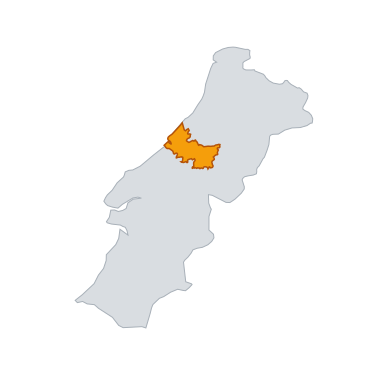 location of Coimbra within Portugal, rotated 28°
{"feature_id": "PRT-752", "entity_name": "Coimbra", "entity_type": "District", "adm_level": 1, "iso_a3": "PRT", "parent_name": "Portugal", "parent_adm1": "", "projection": "albers", "projection_center": [-8.26, 40.222], "detail": "fine", "context": "in_parent", "style": "filled", "palette": "amber", "viewbox_px": 384, "rotation_deg": 28, "n_neighbors": 0, "source": "natural_earth", "source_scale": "10m", "svg_char_len": 5317}
<svg xmlns="http://www.w3.org/2000/svg" viewBox="0 0 384 384"><g transform="rotate(28 192 192)"><path d="M151.9,51.4L156.1,47.4L160.2,44.8L162.5,43.8L172.0,41.1L174.5,39.8L176.8,40.0L177.2,41.3L178.5,43.9L180.1,45.6L180.5,46.9L176.8,52.3L176.3,54.1L178.2,57.6L178.6,58.6L179.5,59.1L182.1,59.0L186.6,56.7L189.7,54.8L190.8,55.6L199.8,54.5L201.9,55.3L203.4,56.3L207.8,57.6L212.6,57.7L218.6,55.8L221.1,53.9L221.6,51.9L221.7,50.3L222.5,49.4L223.8,48.8L226.0,49.8L229.0,50.5L236.3,50.7L237.7,49.6L240.2,49.9L243.5,51.2L247.2,50.7L249.1,52.4L250.0,54.7L250.3,59.7L250.1,64.8L250.9,66.7L253.4,67.1L257.6,66.9L261.3,68.2L264.2,70.6L265.2,73.0L265.7,74.7L264.3,75.7L262.4,79.3L257.4,84.2L250.2,88.5L244.8,93.9L241.1,100.3L236.3,103.1L234.9,104.6L234.4,106.3L237.6,114.0L238.7,120.0L239.6,127.3L239.1,129.4L239.0,137.4L238.3,139.8L238.5,141.7L239.7,143.8L240.3,145.7L238.1,148.3L234.1,151.3L231.2,153.9L230.4,156.3L230.6,157.8L235.7,162.8L236.7,164.8L236.1,169.9L233.3,178.2L230.6,183.2L230.1,183.7L226.9,185.2L211.5,185.4L207.8,186.6L208.3,187.6L212.0,194.0L215.8,197.4L217.1,198.1L218.5,205.7L224.8,217.6L230.8,219.2L232.9,222.2L232.6,226.4L230.8,231.1L227.2,235.9L222.9,239.3L220.0,242.6L219.9,246.5L219.0,251.4L217.7,255.3L217.4,257.9L228.6,274.2L234.7,273.3L235.5,273.7L234.5,277.6L232.6,282.2L230.3,283.1L225.0,284.6L220.1,290.6L216.1,297.7L213.1,301.2L210.3,309.7L210.7,313.3L212.1,319.0L215.1,333.7L211.0,334.4L194.9,344.1L189.9,344.2L180.6,340.0L164.1,338.6L158.7,337.3L152.0,340.0L146.8,340.0L142.7,343.5L139.7,342.5L143.2,334.6L148.6,318.9L148.4,309.3L149.8,301.0L148.4,292.8L145.8,287.6L149.4,274.3L149.1,267.4L145.9,258.7L155.7,260.1L152.7,256.6L149.7,254.5L146.8,254.9L144.3,254.8L135.9,258.1L131.6,259.0L130.4,258.4L130.9,253.1L128.8,246.1L132.2,244.2L136.1,243.8L139.5,240.8L141.6,237.5L140.5,231.6L143.5,225.9L150.2,221.2L146.7,221.9L142.7,224.9L136.3,235.6L134.2,241.0L128.8,242.7L123.9,243.6L121.5,243.0L118.5,241.5L118.3,237.5L118.6,234.3L120.7,227.9L121.6,219.0L124.5,210.9L124.3,208.8L123.6,205.6L126.1,202.5L129.3,200.4L134.1,193.6L140.8,177.1L148.5,159.7L147.9,157.5L146.3,155.9L147.0,151.2L151.6,130.6L153.5,127.9L155.6,121.9L156.2,112.2L157.0,105.5L156.8,102.1L156.2,98.1L153.4,90.3L150.5,74.0L150.3,68.5L152.8,65.8L148.7,65.4L146.9,61.8L147.4,57.8L151.9,51.4Z" fill="#d9dde1" stroke="#a8b0b8" stroke-width="1"/><path d="M145.5,163.7L147.1,159.1L147.8,158.3L148.3,159.1L149.1,159.4L150.9,159.5L150.9,159.1L150.2,158.4L149.5,157.8L148.7,157.5L146.6,157.3L145.9,156.7L145.4,155.9L145.3,154.6L145.9,152.9L147.3,150.2L150.4,138.4L150.9,135.5L151.0,135.6L156.0,140.8L157.5,141.0L157.8,140.3L158.0,139.4L159.0,137.9L160.7,139.1L160.4,140.5L160.5,141.1L160.6,142.2L160.9,142.6L161.3,142.7L161.7,142.5L162.4,142.0L163.1,141.7L163.7,141.7L163.9,142.9L164.4,143.9L164.5,144.3L164.4,144.6L164.2,145.5L163.9,145.9L163.8,146.0L163.5,146.2L163.3,146.6L162.9,147.5L162.8,148.1L162.8,148.6L162.9,149.0L163.2,149.4L165.8,149.7L166.1,149.4L166.6,149.0L166.8,148.5L167.8,147.1L168.1,146.7L168.4,146.2L168.8,146.1L169.7,146.2L170.3,145.5L170.2,145.0L170.7,144.5L171.2,144.8L171.6,145.1L173.0,145.5L174.1,146.3L174.8,146.9L175.5,147.2L175.8,147.6L176.1,147.6L176.2,147.4L176.3,147.2L176.4,146.9L176.5,146.6L178.6,146.1L181.2,146.5L184.7,144.0L187.1,142.9L189.1,141.5L189.9,141.1L190.9,139.4L192.5,138.2L193.0,137.6L193.4,137.3L194.4,137.0L194.8,138.4L195.1,138.6L195.4,139.0L195.5,139.5L195.3,140.0L195.0,140.4L194.6,140.6L194.2,140.7L193.9,141.0L193.8,141.4L194.1,142.0L194.5,142.3L195.3,142.4L195.6,142.7L195.5,143.2L195.9,145.4L196.2,145.8L196.9,146.4L197.0,146.7L196.9,147.1L195.9,147.9L195.5,148.3L195.2,149.0L194.9,149.9L194.4,151.1L195.7,151.8L196.4,152.8L195.4,155.1L195.3,155.6L195.5,156.3L195.7,156.7L196.2,157.1L197.0,158.1L198.2,158.9L198.5,159.5L198.5,159.9L198.5,160.3L198.5,160.6L198.3,160.9L197.9,161.3L197.0,162.0L196.6,162.0L196.3,161.9L196.1,161.7L195.8,161.5L195.6,161.6L195.3,162.0L195.4,163.0L195.3,164.2L194.4,163.4L194.0,163.2L193.6,163.1L193.0,163.1L192.4,163.3L191.3,163.8L190.8,164.4L190.6,164.9L190.8,165.7L190.7,166.0L190.3,166.3L189.4,166.3L189.1,166.4L188.7,166.6L188.2,167.5L187.9,167.7L187.7,167.6L187.1,167.4L186.7,167.5L186.3,167.9L185.6,168.0L185.4,168.1L185.3,168.4L185.2,168.7L185.1,168.9L184.3,168.9L183.3,169.2L182.8,169.8L182.2,169.9L182.0,170.0L181.6,170.2L181.5,170.6L180.8,171.3L181.0,170.6L180.9,170.5L180.8,170.2L180.7,169.9L180.9,169.3L181.1,169.1L181.6,168.7L179.8,165.6L179.6,164.6L179.9,162.9L179.8,162.5L179.5,162.1L179.2,161.9L178.6,161.5L177.2,163.4L175.9,162.8L173.9,164.6L173.2,165.7L173.3,166.0L173.3,166.5L173.5,166.7L174.0,167.2L174.2,167.5L174.1,168.0L173.9,168.3L173.5,168.4L172.7,168.0L172.3,168.1L170.7,169.9L168.8,170.6L168.5,170.6L168.1,170.5L168.4,170.3L168.7,170.1L168.9,169.7L169.0,169.2L168.8,168.4L168.4,167.3L167.8,166.0L167.5,165.7L167.1,165.7L167.0,166.0L166.1,165.9L164.6,167.2L163.4,167.9L162.5,168.9L162.2,169.2L161.8,168.7L161.7,168.2L161.7,167.3L161.7,166.7L161.4,165.4L161.1,165.1L160.8,164.9L160.5,164.9L160.2,164.9L159.8,165.1L159.5,165.4L158.8,166.5L158.7,166.7L158.4,166.8L158.0,166.8L157.6,166.7L157.1,166.0L156.3,165.3L155.8,164.9L154.8,164.7L153.9,164.6L151.6,164.3L150.5,164.8L149.9,165.2L149.5,165.3L148.0,165.0L147.4,164.7L147.0,164.4L145.8,163.8L145.6,163.7L145.5,163.7Z" fill="#f59e0b" stroke="#b45309" stroke-width="1.5"/></g></svg>